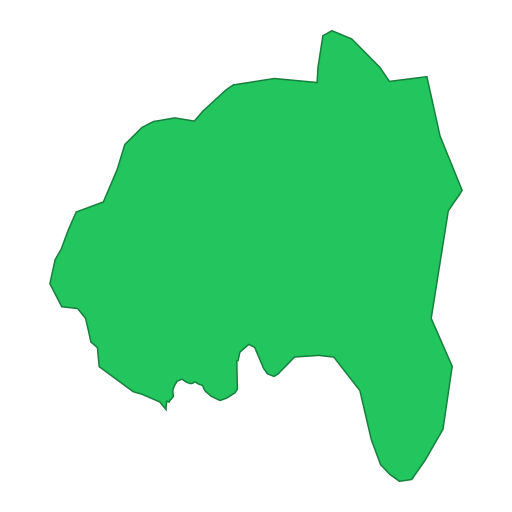 outline of Ijebu North East, Ogun, Nigeria
{"feature_id": "59680162B36139632039116", "entity_name": "Ijebu North East", "entity_type": "district", "adm_level": 2, "iso_a3": "NGA", "parent_name": "Nigeria", "parent_adm1": "Ogun", "projection": "equal_earth", "projection_center": [3.998, 6.879], "detail": "fine", "context": "isolated", "style": "filled", "palette": "green", "viewbox_px": 512, "rotation_deg": 0, "n_neighbors": 0, "source": "geoboundaries", "source_scale": "gbopen_adm2", "svg_char_len": 1704}
<svg xmlns="http://www.w3.org/2000/svg" viewBox="0 0 512 512"><path d="M462.1,190.3L440.0,135.9L426.9,76.7L389.4,81.4L379.9,67.4L351.8,39.0L331.9,30.7L322.9,35.7L318.0,67.1L317.1,82.5L274.2,78.5L234.2,84.8L233.8,84.6L226.1,89.8L202.8,111.2L194.3,121.1L174.8,117.9L153.6,121.5L142.0,127.4L124.8,144.5L117.3,169.2L103.4,201.9L76.2,212.0L68.1,230.4L61.2,249.2L55.1,259.7L49.9,283.7L61.8,306.8L77.6,308.5L85.5,318.3L88.4,330.4L90.9,342.0L97.4,347.6L99.2,366.7L133.2,391.7L142.1,394.3L159.8,402.0L166.0,409.6L166.1,407.4L166.3,405.2L166.6,402.7L166.8,401.2L168.3,401.7L168.8,402.0L169.0,402.1L169.2,401.7L169.5,401.2L170.0,400.4L170.5,399.9L170.9,399.5L171.2,399.1L171.4,398.7L171.6,398.3L172.2,397.9L172.8,397.2L173.3,396.6L173.3,396.1L173.3,395.3L173.2,394.5L173.0,393.6L173.0,392.7L172.9,391.9L172.9,391.1L173.0,390.1L173.1,389.4L173.2,388.7L173.3,388.3L173.8,387.4L174.3,386.2L174.8,385.1L175.4,384.1L176.0,383.1L176.5,382.5L176.7,382.2L176.7,381.8L176.6,381.4L178.7,380.6L179.9,380.0L181.2,379.5L181.7,379.3L182.7,379.6L183.8,380.4L185.0,381.2L185.3,381.4L186.5,382.1L187.9,382.8L189.3,383.2L190.6,383.6L191.6,383.5L192.9,383.2L193.7,382.5L194.4,381.8L195.3,382.2L197.7,383.5L199.2,384.4L201.7,385.0L202.6,385.9L203.8,388.5L204.9,390.7L205.8,391.7L207.0,392.6L209.0,394.3L210.9,396.1L220.0,400.5L226.7,398.1L235.0,392.8L237.4,389.2L236.8,361.0L238.1,360.6L239.9,352.2L248.8,344.4L254.7,347.4L263.6,368.4L267.4,373.8L274.0,376.4L277.9,374.1L294.6,357.0L318.8,355.4L333.8,357.1L359.9,390.6L371.3,439.6L380.6,464.7L389.6,474.2L399.4,481.3L411.7,479.5L424.8,460.8L443.0,429.2L452.2,366.3L431.2,318.4L448.3,210.8L454.5,201.7L459.1,195.3L462.1,190.3Z" fill="#22c55e" stroke="#15803d" stroke-width="1.5"/></svg>